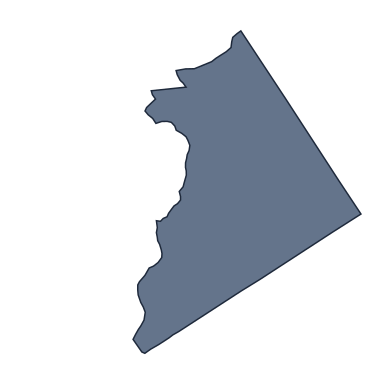 the district of Maripá, Paraná, Brazil, rotated 57°
{"feature_id": "56859067B39999283934615", "entity_name": "Maripá", "entity_type": "district", "adm_level": 2, "iso_a3": "BRA", "parent_name": "Brazil", "parent_adm1": "Paraná", "projection": "mercator", "projection_center": [-53.816, -24.473], "detail": "fine", "context": "isolated", "style": "filled", "palette": "slate", "viewbox_px": 384, "rotation_deg": 57, "n_neighbors": 0, "source": "geoboundaries", "source_scale": "gbopen_adm2", "svg_char_len": 1299}
<svg xmlns="http://www.w3.org/2000/svg" viewBox="0 0 384 384"><g transform="rotate(57 192 192)"><path d="M302.3,183.0L302.2,96.3L302.5,62.3L262.1,62.7L233.8,62.7L202.6,62.7L165.6,62.7L83.5,63.3L83.7,67.8L84.5,73.6L87.7,76.9L92.1,80.6L93.0,87.1L92.9,93.6L92.9,99.2L93.4,104.5L89.9,122.9L85.3,130.3L81.5,139.2L85.6,140.5L92.0,141.1L95.8,140.1L100.8,139.9L84.9,171.0L88.8,172.2L94.2,172.0L95.1,177.1L96.4,184.0L98.5,187.3L103.4,186.7L108.9,184.9L114.8,184.9L116.4,178.9L119.3,174.3L122.3,171.4L127.3,170.5L131.6,171.6L137.1,168.7L142.4,166.9L146.5,167.3L151.7,168.4L155.6,171.8L158.1,175.7L161.1,178.4L164.0,181.5L167.9,184.1L171.1,185.3L174.8,187.6L178.2,191.5L180.5,194.1L182.8,196.6L184.6,202.4L189.6,204.1L192.5,206.0L193.9,210.5L193.9,214.7L195.3,218.5L197.1,223.2L199.2,226.4L198.5,230.5L199.4,234.4L196.7,237.5L203.0,240.5L206.7,244.0L210.9,245.7L214.2,247.3L218.4,247.7L223.9,249.3L227.3,250.7L230.5,253.1L232.7,258.9L233.2,264.7L232.4,269.3L234.3,273.0L236.3,276.9L238.6,284.9L240.4,288.1L244.5,290.8L249.0,293.2L256.7,295.1L261.9,295.5L267.4,296.7L273.3,302.0L276.5,308.0L278.0,311.7L280.6,316.7L283.5,321.7L298.9,321.2L301.6,319.4L301.3,312.3L301.8,302.7L301.8,290.6L301.4,285.9L301.8,279.2L301.8,224.4L301.8,204.3L302.3,183.0Z" fill="#64748b" stroke="#1e293b" stroke-width="1.5"/></g></svg>